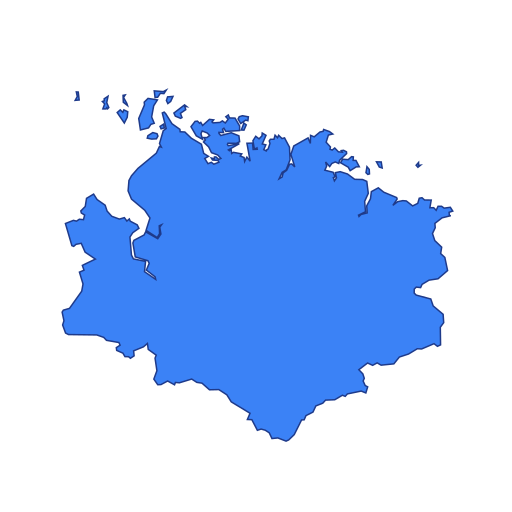 Zhejiang, Natural Earth projection, rotated 262°
{"feature_id": "CHN-1820", "entity_name": "Zhejiang", "entity_type": "Province", "adm_level": 1, "iso_a3": "CHN", "parent_name": "China", "parent_adm1": "", "projection": "natural_earth1", "projection_center": [120.785, 29.18], "detail": "fine", "context": "isolated", "style": "filled", "palette": "blue", "viewbox_px": 512, "rotation_deg": 262, "n_neighbors": 0, "source": "natural_earth", "source_scale": "10m", "svg_char_len": 6127}
<svg xmlns="http://www.w3.org/2000/svg" viewBox="0 0 512 512"><g transform="rotate(262 256 256)"><path d="M339.9,103.8L334.0,106.5L327.3,113.7L321.2,114.8L315.4,118.7L311.6,125.8L312.3,131.0L308.6,133.0L310.3,135.7L308.0,136.3L303.4,142.7L299.7,143.9L296.2,137.2L292.3,133.8L274.3,132.8L270.2,134.2L266.0,145.9L256.0,143.4L246.8,153.4L249.4,153.2L257.3,145.5L263.6,149.2L266.4,148.3L271.9,136.3L286.0,135.9L288.5,137.3L292.4,148.1L295.3,150.1L286.8,161.1L291.0,164.9L297.9,164.7L300.1,166.8L299.4,164.4L291.5,163.6L288.0,160.7L296.7,150.7L308.4,156.3L316.8,152.2L329.7,140.6L338.3,138.4L348.5,140.7L352.8,143.9L359.2,151.3L371.7,171.6L377.9,175.6L377.0,177.4L380.8,176.1L393.0,181.6L394.7,184.8L410.7,183.1L411.3,185.1L409.5,186.4L398.7,191.2L392.0,198.3L389.6,198.2L388.7,202.8L381.6,208.4L374.3,217.5L364.9,218.5L361.3,222.8L359.7,218.8L354.1,221.3L355.0,224.8L352.8,227.0L354.0,232.3L355.9,231.7L357.1,226.3L359.2,225.4L358.1,228.2L359.9,228.6L359.7,230.1L356.9,232.6L357.5,234.8L361.4,232.1L364.5,226.3L370.6,224.3L376.2,219.9L377.9,222.0L380.6,220.7L380.1,223.9L381.8,226.9L384.6,224.8L387.3,220.1L384.7,218.5L379.0,219.3L383.3,213.6L393.1,209.6L397.8,214.4L397.7,216.8L395.3,218.6L396.0,219.9L392.7,221.3L397.8,228.9L396.7,233.0L394.9,231.1L393.8,232.0L393.3,239.0L394.5,241.5L392.0,244.1L395.3,247.5L398.1,245.5L399.5,248.2L396.4,249.0L395.5,254.4L387.0,257.9L382.5,257.2L383.6,243.4L387.0,242.0L386.2,240.5L382.7,241.0L383.6,236.5L382.5,236.4L380.2,237.9L381.5,248.6L377.4,255.8L371.4,255.7L370.3,252.2L371.6,243.9L370.4,243.2L369.1,243.8L369.5,255.1L364.9,243.4L363.9,244.3L364.9,246.2L360.9,246.2L361.8,248.1L359.1,256.1L357.2,254.3L355.2,257.9L351.2,257.9L355.2,260.7L350.7,263.4L368.9,262.7L368.3,268.3L361.9,268.0L361.5,272.1L362.9,272.0L362.1,270.3L363.6,269.2L370.6,269.0L374.6,272.4L371.6,275.3L374.1,278.6L376.9,279.3L374.1,282.7L366.1,277.8L364.7,281.2L360.2,278.5L358.2,281.3L359.3,280.6L360.3,282.9L365.5,285.5L368.1,285.1L369.6,286.5L369.1,290.0L373.0,291.7L370.1,293.8L372.4,295.2L368.7,298.1L369.0,300.7L359.1,304.3L346.5,303.1L337.1,297.9L335.2,293.5L329.2,289.6L330.6,292.9L334.5,294.4L336.6,298.3L342.2,302.0L342.2,304.2L338.8,306.8L351.7,304.7L359.7,308.7L365.7,324.0L359.9,325.5L367.9,326.8L365.9,330.2L369.9,336.6L370.1,339.8L371.9,340.6L369.0,346.1L366.1,349.0L365.7,344.5L358.9,341.3L353.6,344.9L351.4,344.1L350.3,346.2L352.0,349.0L347.7,352.1L346.8,355.9L348.5,355.1L348.5,357.4L346.6,360.1L344.8,360.0L339.2,352.1L336.1,350.8L338.1,347.6L337.1,344.0L334.3,341.4L339.4,338.0L335.2,338.5L331.4,336.1L328.2,344.0L323.4,345.4L322.9,343.5L319.5,344.1L322.2,346.6L327.5,346.2L327.8,351.1L324.5,358.0L318.2,364.4L316.9,372.2L314.5,376.1L302.4,375.9L295.0,371.2L284.6,370.6L282.2,363.2L280.8,363.5L282.5,365.8L283.2,372.1L290.2,372.6L296.7,377.3L303.7,379.2L306.5,386.6L301.4,391.4L294.3,403.4L292.8,403.7L287.1,398.6L290.1,403.9L290.4,409.1L289.6,412.5L283.8,418.1L285.6,423.5L290.5,425.7L290.6,428.5L288.0,430.7L287.0,437.3L279.6,434.9L279.1,438.7L276.2,440.8L279.9,443.2L279.4,446.7L277.2,449.0L277.2,455.2L273.1,457.1L272.4,453.3L269.2,453.1L268.8,454.5L267.9,445.6L263.4,437.7L259.0,437.4L253.7,433.9L246.4,435.2L238.9,441.1L232.7,439.2L228.3,442.8L214.9,443.7L208.1,433.1L208.0,424.0L204.8,416.5L201.8,414.6L202.9,410.4L201.2,408.1L197.3,407.5L195.0,409.2L189.1,423.1L181.9,424.5L172.2,433.2L163.9,432.6L159.8,428.6L142.3,426.4L141.3,423.1L144.4,420.1L140.9,407.1L141.7,402.8L137.7,393.4L136.0,383.9L130.0,377.5L130.5,364.7L133.3,361.1L131.5,356.3L134.5,351.6L129.1,342.0L124.4,345.4L119.8,346.2L117.3,344.7L112.5,346.1L110.9,348.4L105.1,345.7L107.6,341.4L106.7,327.3L104.6,324.8L106.1,322.2L102.7,314.0L103.6,304.8L101.0,301.7L99.2,294.4L93.5,290.7L91.0,283.3L87.1,280.9L87.3,278.3L73.8,269.0L69.3,262.8L68.5,260.0L72.8,252.3L73.0,246.4L79.1,244.5L82.2,240.9L83.9,237.0L83.2,233.1L94.5,229.1L95.3,224.7L101.1,228.2L115.0,211.2L122.6,207.8L128.9,200.6L130.0,191.3L137.6,184.8L139.1,179.8L143.1,175.2L141.1,162.5L142.0,158.6L139.8,157.4L144.5,151.1L141.9,144.0L142.2,140.8L148.3,137.7L156.2,141.9L168.9,141.8L171.7,143.4L178.5,136.3L184.5,136.3L181.7,131.9L179.1,121.6L174.1,121.4L172.2,117.4L174.0,115.8L174.6,112.2L178.3,110.7L181.9,104.9L184.7,104.9L186.6,109.0L189.4,108.2L193.3,96.2L196.6,93.9L200.0,87.3L204.3,59.4L206.2,56.7L214.6,54.9L218.6,56.8L227.4,56.2L229.2,57.7L230.1,64.0L245.4,78.5L252.4,80.8L264.6,78.9L265.9,83.7L270.9,82.7L275.3,96.5L283.6,87.3L292.9,84.7L292.6,79.4L290.9,76.8L291.9,75.1L314.7,71.8L316.7,80.2L315.5,83.1L317.0,86.2L316.0,90.2L320.4,92.0L322.9,89.0L325.0,88.8L328.8,93.8L336.7,96.2L339.9,103.8ZM427.1,171.0L424.3,180.1L419.0,175.6L408.2,172.0L401.6,173.7L401.0,170.2L397.8,167.4L396.9,159.1L408.5,159.0L421.2,166.6L423.9,166.7L427.1,171.0ZM338.6,360.7L341.1,364.5L340.6,366.2L337.2,365.5L336.7,368.3L330.0,370.7L330.3,367.6L327.4,361.1L331.1,359.7L336.6,352.7L339.8,355.3L338.6,360.7ZM419.6,141.9L416.8,144.1L419.1,145.5L416.7,149.1L411.3,147.8L406.0,144.1L417.4,138.5L419.6,141.9ZM409.0,194.6L415.6,206.3L413.6,208.2L414.2,206.2L410.7,206.8L407.8,201.0L403.4,202.0L402.8,200.5L405.7,195.6L409.0,194.6ZM396.8,262.1L394.9,267.8L391.1,266.8L392.0,264.7L389.3,259.3L394.2,257.3L396.3,258.8L396.8,262.1ZM390.2,165.7L392.6,171.0L390.9,175.0L388.4,175.6L385.9,173.7L386.3,168.9L387.8,164.7L390.2,165.7ZM433.7,178.2L431.7,187.1L432.8,190.2L429.6,187.4L430.4,183.9L426.9,180.7L427.0,178.1L433.7,178.2ZM432.8,127.5L434.8,131.7L428.6,129.5L423.5,130.9L422.4,129.5L423.6,128.9L422.5,128.0L423.0,124.8L427.7,127.3L430.4,125.4L430.8,127.4L432.8,127.5ZM425.9,190.6L425.6,196.0L420.9,193.0L419.2,189.9L422.5,188.9L425.9,190.6ZM431.4,146.9L425.2,149.3L422.9,149.7L426.7,146.0L433.6,146.7L433.7,148.9L431.4,146.9ZM382.8,259.0L389.3,262.5L387.2,264.6L382.3,261.6L382.8,259.0ZM321.5,379.8L321.2,378.1L323.2,376.5L329.0,378.3L326.0,380.2L321.5,379.8ZM443.5,100.9L443.1,102.8L435.1,102.6L435.3,98.6L438.8,101.2L443.5,100.9ZM332.5,388.4L331.7,393.1L325.6,393.2L326.9,390.5L332.5,388.4ZM397.7,179.0L399.4,182.7L395.6,183.1L395.1,179.7L397.7,179.0ZM323.6,427.2L326.0,430.0L323.0,429.7L323.0,431.5L321.3,428.7L323.6,427.2Z" fill="#3b82f6" stroke="#1e3a8a" stroke-width="1.5"/></g></svg>